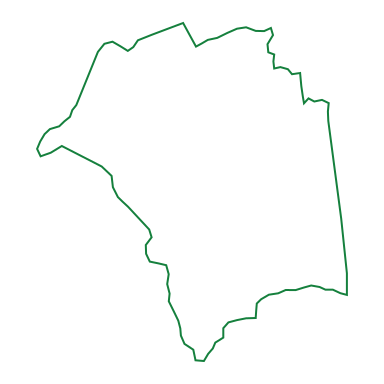 the district of Guarabira, Paraíba, Brazil
{"feature_id": "56859067B2351193324902", "entity_name": "Guarabira", "entity_type": "district", "adm_level": 2, "iso_a3": "BRA", "parent_name": "Brazil", "parent_adm1": "Paraíba", "projection": "robinson", "projection_center": [-35.452, -6.887], "detail": "fine", "context": "isolated", "style": "outline", "palette": "green", "viewbox_px": 384, "rotation_deg": 0, "n_neighbors": 0, "source": "geoboundaries", "source_scale": "gbopen_adm2", "svg_char_len": 1293}
<svg xmlns="http://www.w3.org/2000/svg" viewBox="0 0 384 384"><path d="M195.5,360.3L203.9,361.0L208.2,353.8L212.8,348.5L215.3,342.6L223.3,337.6L223.3,328.2L228.4,322.4L237.0,320.1L246.1,318.3L255.7,318.0L256.2,310.6L256.8,303.5L261.2,299.2L268.9,294.7L278.2,293.3L285.7,290.0L295.6,290.1L304.0,287.5L311.2,285.5L319.6,287.0L325.5,289.7L332.9,289.7L340.4,293.2L346.9,294.9L346.9,273.3L341.2,218.6L328.3,121.0L327.9,111.6L328.7,103.1L322.0,99.9L314.3,101.5L308.5,98.4L304.0,103.3L302.8,96.3L301.3,86.0L300.1,73.0L292.0,74.2L287.9,69.2L280.4,67.1L274.2,68.5L273.4,61.5L274.2,54.5L268.3,52.3L267.5,44.2L273.0,35.1L270.9,28.0L264.1,31.1L255.7,30.9L246.1,27.3L237.0,28.7L227.4,32.9L217.2,37.9L207.8,39.9L201.7,43.5L196.0,46.6L183.1,23.0L152.0,34.7L137.9,40.3L133.3,47.1L127.8,50.9L120.3,46.2L112.5,41.7L104.4,43.8L97.9,51.9L76.3,105.1L72.3,110.1L70.0,116.8L64.4,121.3L59.2,126.3L49.9,129.1L44.6,134.1L40.2,141.5L37.1,148.9L40.6,156.3L50.8,152.7L61.8,146.0L101.7,166.5L111.6,175.9L112.9,187.2L117.9,197.1L122.5,201.6L128.0,206.7L149.2,229.5L151.6,237.3L145.8,245.0L146.1,253.8L149.8,261.6L158.5,263.4L166.2,265.2L168.7,274.2L167.2,284.1L169.6,293.6L168.8,301.3L174.1,312.0L178.3,320.7L180.3,328.4L180.9,335.6L184.5,343.9L193.3,349.7L195.5,360.3Z" fill="none" stroke="#15803d" stroke-width="2"/></svg>